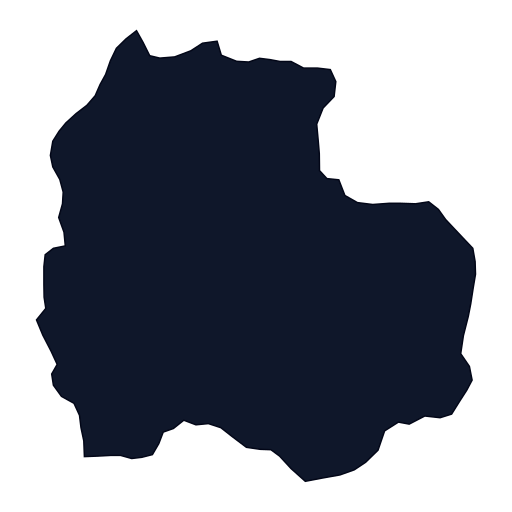 outline of Martins Soares, Minas Gerais, Brazil
{"feature_id": "56859067B78422669955960", "entity_name": "Martins Soares", "entity_type": "district", "adm_level": 2, "iso_a3": "BRA", "parent_name": "Brazil", "parent_adm1": "Minas Gerais", "projection": "robinson", "projection_center": [-41.844, -20.255], "detail": "fine", "context": "isolated", "style": "filled", "palette": "ink", "viewbox_px": 512, "rotation_deg": 0, "n_neighbors": 0, "source": "geoboundaries", "source_scale": "gbopen_adm2", "svg_char_len": 1500}
<svg xmlns="http://www.w3.org/2000/svg" viewBox="0 0 512 512"><path d="M136.5,30.7L126.1,38.8L116.4,48.3L110.4,60.8L105.6,74.5L100.1,84.5L95.2,95.7L86.9,105.3L76.1,113.6L65.9,122.9L59.1,131.2L52.8,141.2L50.4,155.4L52.8,166.9L59.8,179.4L63.2,192.1L62.5,203.8L58.7,217.5L64.0,232.2L65.3,245.9L53.4,248.3L45.2,254.7L43.9,266.6L43.9,284.7L44.1,297.2L45.8,308.4L36.5,319.9L42.8,335.1L51.1,351.2L57.2,364.4L51.7,374.0L53.4,385.2L61.5,396.4L74.0,403.3L79.5,415.3L81.0,427.7L83.8,440.9L84.4,456.6L97.3,456.1L110.5,455.4L120.6,455.4L131.7,458.5L141.8,457.3L152.4,454.6L158.8,443.6L163.2,432.1L173.4,428.5L183.8,420.2L195.9,424.8L208.4,423.6L220.9,427.7L232.1,436.5L246.4,447.3L260.1,449.3L270.9,449.7L279.6,456.1L291.1,468.6L305.3,481.3L322.0,478.1L340.0,474.9L354.3,469.8L365.7,462.2L378.0,450.2L384.6,430.9L398.4,422.1L409.2,424.1L424.8,416.0L440.1,417.7L451.6,414.1L459.6,401.3L466.8,390.1L472.1,380.1L469.4,366.4L460.7,353.7L463.4,335.6L468.3,316.3L470.7,304.0L473.2,287.9L475.5,274.2L475.1,261.5L472.8,248.3L465.1,240.2L455.0,229.5L445.6,219.5L438.4,209.4L428.7,201.8L415.5,203.8L400.5,203.3L389.0,203.3L372.7,204.5L357.4,202.6L344.9,195.5L338.8,179.8L326.9,178.6L319.5,170.6L319.3,153.7L318.2,140.5L316.7,124.1L323.1,108.0L334.1,96.5L335.8,81.6L330.3,69.6L317.6,68.1L303.6,68.1L291.1,61.5L280.1,61.5L269.9,59.6L259.5,58.3L248.7,62.0L236.6,61.3L221.3,55.2L217.1,41.2L202.5,43.2L190.8,50.8L174.7,56.9L159.8,58.1L149.7,55.7L143.1,42.5L136.5,30.7Z" fill="#0f172a" stroke="#020617" stroke-width="1.5"/></svg>